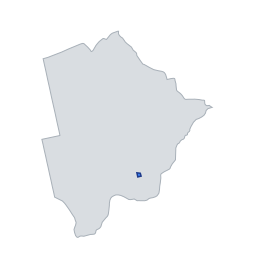 location of Jwaneng within Botswana, rotated 348°
{"feature_id": "BWA-5506", "entity_name": "Jwaneng", "entity_type": "Town", "adm_level": 1, "iso_a3": "BWA", "parent_name": "Botswana", "parent_adm1": "", "projection": "robinson", "projection_center": [24.71, -24.561], "detail": "fine", "context": "in_parent", "style": "filled", "palette": "blue", "viewbox_px": 256, "rotation_deg": 348, "n_neighbors": 0, "source": "natural_earth", "source_scale": "10m", "svg_char_len": 2796}
<svg xmlns="http://www.w3.org/2000/svg" viewBox="0 0 256 256"><g transform="rotate(348 128 128)"><path d="M138.9,31.4L138.6,32.4L138.3,34.0L138.6,35.1L139.4,36.7L140.4,38.0L141.3,38.8L142.2,40.8L143.2,43.3L144.5,45.2L148.2,49.6L148.7,51.2L149.2,52.8L151.5,55.8L151.9,56.8L151.7,58.9L154.2,65.0L155.8,68.6L157.1,69.3L161.4,73.1L165.2,76.2L169.6,78.3L172.8,79.6L174.4,80.6L175.2,81.6L175.9,83.4L176.2,86.6L176.3,88.7L179.8,88.6L182.7,88.8L183.7,89.2L184.0,89.8L183.9,91.2L184.0,93.2L184.1,94.8L183.8,96.6L183.6,98.6L183.4,101.2L183.9,102.2L186.6,105.4L187.8,107.5L189.0,110.6L189.7,111.6L190.3,112.0L192.8,112.4L199.3,113.7L203.3,114.9L206.4,116.2L207.7,116.5L208.4,116.8L208.6,117.1L208.2,119.9L208.3,120.8L208.7,121.5L209.2,122.2L209.8,122.6L212.2,122.8L213.7,124.5L214.6,125.3L210.2,125.7L208.1,127.1L206.8,129.6L204.9,131.4L202.2,132.6L199.4,133.4L196.4,133.8L193.2,136.0L189.8,139.8L188.1,142.2L188.0,143.2L187.3,144.1L185.9,144.8L185.0,145.7L184.8,146.7L184.1,147.2L182.7,147.1L181.8,147.9L181.2,149.4L180.0,150.4L178.2,150.7L176.6,151.5L175.3,153.0L174.3,153.7L173.6,153.7L172.4,154.8L170.6,157.5L170.3,158.8L167.8,169.0L166.4,170.2L163.8,172.3L161.6,174.8L160.7,176.3L159.7,176.9L154.8,178.2L153.0,178.8L150.8,179.8L150.2,180.7L149.7,183.8L148.2,188.3L146.9,191.6L146.1,194.5L144.7,198.1L143.5,199.3L142.2,200.4L140.4,201.0L137.9,201.3L135.7,201.2L134.0,201.3L131.6,202.5L129.4,202.6L125.9,201.9L123.1,201.2L121.8,201.0L119.3,198.7L117.6,198.7L115.2,198.5L113.8,198.0L112.5,196.8L109.7,194.4L107.0,192.5L104.5,191.4L102.3,190.9L100.1,191.3L98.4,191.8L97.8,192.1L96.5,193.1L95.2,195.0L94.1,197.9L93.7,199.7L92.5,203.5L90.9,208.0L90.1,209.4L89.2,210.3L87.8,211.2L83.2,214.8L80.9,218.9L79.4,220.1L77.7,220.7L76.2,221.0L75.4,221.7L74.5,223.7L73.7,224.5L72.8,224.8L70.2,224.5L69.3,224.3L62.3,224.7L60.2,224.0L58.6,223.8L56.3,224.6L55.3,224.1L54.4,222.4L54.0,218.9L54.1,216.0L55.4,213.8L56.5,212.2L57.5,210.0L57.6,209.1L57.4,208.2L57.2,206.5L57.1,204.7L55.5,200.8L53.6,195.7L51.1,189.9L50.3,188.3L48.7,185.8L42.8,181.1L41.9,180.4L41.9,179.9L41.9,175.3L41.8,169.2L41.8,163.0L41.7,156.9L41.7,150.8L41.6,144.7L41.6,138.6L41.5,132.4L41.5,126.3L41.4,121.2L45.6,121.2L50.8,121.2L57.0,121.2L59.8,121.2L59.9,120.3L59.9,116.5L59.8,107.8L59.8,99.1L59.7,90.4L59.6,81.7L59.6,73.0L59.5,64.3L59.5,55.6L59.4,46.9L59.4,42.6L64.2,42.3L69.7,41.4L78.6,40.0L86.9,38.2L92.4,37.2L98.8,36.0L101.0,35.8L101.6,35.9L102.5,36.4L105.5,40.7L107.4,44.0L107.8,45.4L108.1,45.6L109.0,45.4L110.0,44.8L113.0,41.5L113.7,40.7L115.6,39.1L117.9,37.4L120.1,36.3L122.2,35.3L123.2,35.6L124.4,36.4L125.4,36.9L130.3,32.9L132.4,32.0L138.1,31.2L138.9,31.4Z" fill="#d9dde1" stroke="#a8b0b8" stroke-width="1"/><path d="M127.4,173.7L130.6,174.8L130.8,177.8L127.4,177.9L127.4,173.7Z" fill="#3b82f6" stroke="#1e3a8a" stroke-width="1.5"/></g></svg>